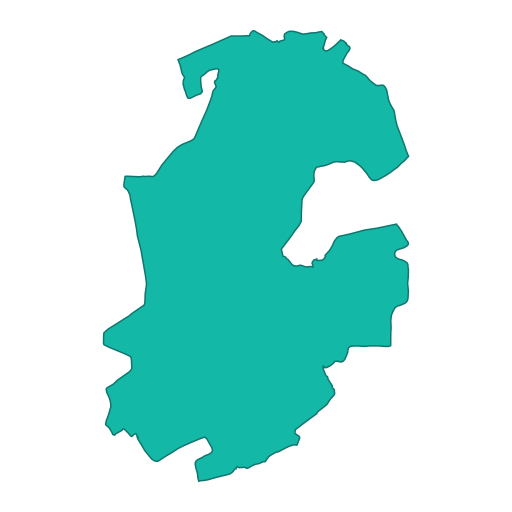 Boulkiemde, Boulkiemdé, Burkina Faso (Equal Earth projection)
{"feature_id": "67063806B25202403935187", "entity_name": "Boulkiemde", "entity_type": "district", "adm_level": 2, "iso_a3": "BFA", "parent_name": "Burkina Faso", "parent_adm1": "Boulkiemdé", "projection": "equal_earth", "projection_center": [-2.114, 12.316], "detail": "fine", "context": "isolated", "style": "filled", "palette": "teal", "viewbox_px": 512, "rotation_deg": 0, "n_neighbors": 0, "source": "geoboundaries", "source_scale": "gbopen_adm2", "svg_char_len": 5990}
<svg xmlns="http://www.w3.org/2000/svg" viewBox="0 0 512 512"><path d="M340.8,39.8L337.3,43.3L333.9,46.4L331.3,48.3L329.1,49.8L327.5,50.6L326.7,50.9L325.7,50.9L324.9,50.6L324.2,50.1L323.6,49.6L323.5,48.0L322.8,47.9L323.9,45.8L325.3,40.5L326.7,37.4L324.5,35.1L324.2,34.6L324.2,34.0L322.5,32.5L322.2,31.8L321.3,31.5L315.2,32.8L311.2,32.9L306.5,33.7L302.9,34.1L296.3,32.0L292.8,31.3L289.4,31.3L287.6,32.0L284.7,33.9L284.2,35.6L284.1,36.7L284.5,37.8L284.6,38.4L284.3,40.0L280.2,41.0L279.0,42.3L278.3,42.1L277.9,41.3L277.4,40.9L276.7,40.9L275.7,41.8L274.3,41.7L274.1,42.2L272.7,42.1L268.2,39.4L262.4,35.4L256.5,32.2L255.1,31.2L254.1,30.8L252.9,30.7L250.7,32.8L249.8,34.5L249.7,35.7L240.6,36.0L231.2,36.0L213.0,44.1L195.3,51.6L188.8,55.0L178.0,59.7L179.9,64.5L180.9,68.2L181.7,72.1L182.7,74.6L184.4,77.1L184.5,77.7L183.4,80.2L183.1,84.0L184.6,89.8L185.3,91.1L186.7,95.8L187.2,96.4L187.4,97.2L187.9,98.1L190.2,98.3L196.7,95.1L200.3,93.9L201.1,93.3L201.9,92.3L202.3,90.9L201.9,89.8L201.1,86.2L200.6,80.0L200.8,77.2L201.4,76.4L204.5,74.2L207.2,71.8L209.4,70.3L215.9,68.8L217.7,68.8L218.8,70.0L218.8,71.1L217.8,74.8L217.7,75.6L218.0,76.9L216.0,80.4L214.9,80.9L214.5,82.8L215.3,83.8L215.3,84.7L216.1,86.2L216.1,86.9L215.5,87.7L215.4,88.4L215.0,88.6L213.7,90.0L212.8,91.8L211.9,96.0L210.3,100.7L206.6,110.4L201.9,120.8L195.1,136.7L193.8,139.0L190.3,141.1L182.2,144.4L177.6,147.2L172.9,151.7L162.1,164.7L156.2,174.0L154.0,176.0L152.8,176.6L149.2,176.2L145.2,176.5L143.1,176.2L140.1,176.8L126.7,176.2L125.1,176.4L124.0,183.5L123.9,186.5L124.3,187.2L127.3,189.8L128.5,191.7L130.0,195.4L130.5,199.3L131.8,204.9L135.3,222.1L136.5,228.9L137.4,235.9L141.0,250.1L145.4,275.3L146.3,281.8L146.5,284.8L145.2,293.7L144.9,302.2L144.5,304.3L143.8,305.3L132.3,313.2L128.9,316.0L108.4,328.9L105.8,331.1L103.9,333.0L103.7,334.6L103.5,343.4L104.0,344.7L109.4,347.4L124.9,353.8L129.0,355.7L130.2,356.5L131.0,357.5L131.4,359.6L131.8,366.9L131.7,368.6L131.1,369.8L129.2,371.9L117.3,380.3L113.3,384.2L107.3,387.6L106.4,388.6L106.2,389.4L106.8,392.4L109.3,397.9L110.1,400.7L110.6,402.8L110.8,406.9L108.2,415.7L106.6,419.7L105.9,422.4L105.6,424.2L105.8,424.9L109.0,427.6L111.7,432.0L112.7,434.4L113.2,434.5L114.5,435.2L116.2,433.5L122.1,430.3L122.7,429.0L123.5,428.9L124.2,429.1L128.2,433.0L129.8,435.0L131.0,436.2L131.8,436.5L134.3,434.3L135.8,433.6L136.5,434.7L137.8,437.1L137.2,437.1L138.2,439.7L141.5,444.9L144.7,450.5L151.6,459.0L154.5,460.9L157.1,461.3L158.5,461.0L165.2,456.5L172.2,452.4L177.9,448.6L184.3,445.4L190.7,442.6L199.0,439.1L204.6,437.1L207.1,439.1L207.9,440.8L211.9,447.9L212.4,450.0L212.2,451.2L211.6,452.4L210.1,453.5L208.6,454.4L205.0,455.7L202.3,457.4L197.6,459.7L196.4,460.7L195.8,461.5L195.2,463.1L195.3,465.0L196.2,469.2L197.0,471.5L197.7,475.3L197.8,477.5L198.8,481.3L199.8,480.8L203.6,480.5L207.8,479.8L215.3,477.6L228.7,474.3L230.5,473.6L233.0,471.6L234.4,469.7L235.4,468.6L236.0,468.8L237.1,466.5L239.2,467.7L241.5,467.4L242.6,467.6L244.2,467.2L245.2,467.4L246.1,468.1L247.2,468.3L248.3,467.8L248.7,467.8L251.9,465.8L255.1,464.4L259.2,463.5L263.3,461.7L265.1,461.7L265.9,460.7L266.5,459.6L268.8,456.6L270.9,455.1L274.9,452.8L276.4,452.1L278.1,451.9L286.3,447.6L289.6,446.1L293.8,444.8L296.8,445.1L297.1,444.8L299.6,438.3L299.7,437.3L298.9,436.1L295.3,433.7L294.9,433.1L295.3,429.7L305.1,422.2L316.8,413.6L317.5,412.1L318.7,411.0L326.8,404.6L330.2,399.4L334.1,394.9L334.7,393.6L334.4,391.3L334.4,390.1L333.9,389.2L332.3,387.7L332.3,385.8L328.1,379.3L327.5,376.7L326.0,375.8L323.6,369.9L323.0,368.3L323.1,366.2L323.6,366.2L325.0,367.8L326.0,367.4L326.6,367.6L330.5,365.6L333.7,363.0L334.5,361.7L334.9,361.5L336.6,361.1L339.9,361.9L340.8,361.9L341.3,361.7L341.7,361.9L343.4,361.0L344.8,359.4L346.8,354.9L347.0,353.9L347.8,352.2L347.8,350.8L348.4,348.1L349.6,346.9L350.8,346.2L357.1,345.9L364.6,346.4L369.8,345.9L378.6,345.9L384.5,346.4L388.2,346.5L390.7,345.7L390.8,332.5L391.1,328.2L390.8,320.6L391.3,315.8L392.0,313.7L393.0,311.3L394.6,308.4L395.9,307.0L397.7,305.9L399.6,305.5L401.9,304.6L405.3,303.0L406.8,301.6L407.5,300.3L408.0,298.1L408.4,290.9L407.6,283.2L408.2,278.1L408.4,272.5L408.4,269.3L407.9,266.4L407.9,264.5L407.2,263.1L406.7,262.5L403.4,260.4L400.9,259.6L399.0,259.2L397.1,258.2L395.6,257.1L395.0,256.0L394.7,254.8L394.7,253.1L395.5,251.3L397.0,249.9L404.0,247.7L406.9,246.0L408.0,244.8L408.3,244.1L408.3,243.2L408.0,242.1L406.6,240.3L401.8,231.7L398.9,227.2L397.7,225.9L396.5,224.1L376.9,228.2L364.9,230.0L350.5,233.8L341.4,235.9L339.0,236.3L337.1,237.6L334.6,240.7L331.9,246.5L329.6,250.3L325.1,255.3L325.4,256.4L325.1,256.7L324.9,257.4L324.2,258.6L322.0,260.4L320.5,260.2L319.2,260.5L316.8,260.3L316.8,259.0L313.7,260.1L312.2,262.4L312.1,263.5L312.9,265.3L313.0,267.0L311.6,266.6L310.3,266.5L307.2,266.9L305.2,266.8L302.2,265.6L300.0,265.2L296.8,266.1L294.7,265.8L293.1,265.3L291.9,264.4L288.2,259.7L286.8,258.7L285.6,257.2L284.2,256.4L283.0,256.4L281.4,249.2L281.7,248.6L290.6,237.0L295.0,230.6L298.8,225.8L301.3,221.3L301.4,211.9L302.0,200.4L302.4,198.4L303.9,195.8L313.7,182.4L314.1,181.2L314.2,179.8L313.8,175.5L314.1,172.5L314.8,170.1L316.0,168.0L316.8,167.0L319.1,166.8L321.2,166.1L323.1,166.0L327.8,164.6L333.8,162.0L337.3,161.6L339.6,162.0L344.9,162.1L346.8,161.4L349.4,160.8L351.2,161.0L354.7,162.0L360.2,166.0L362.4,168.2L366.8,173.5L369.5,177.5L370.8,179.0L372.2,180.2L374.2,180.5L376.8,180.1L379.1,179.2L385.5,175.6L389.9,172.8L395.1,168.8L397.3,167.4L401.6,163.0L404.7,160.5L407.5,157.4L408.5,156.6L408.5,155.9L407.9,154.9L406.0,150.0L405.0,146.8L403.3,142.0L397.0,125.5L395.7,120.1L394.3,111.8L393.6,109.7L392.7,108.5L390.1,103.8L388.6,100.0L386.7,90.1L385.3,87.4L384.2,86.0L383.3,85.3L381.9,85.1L378.7,85.5L376.2,85.4L370.0,80.6L367.5,77.6L365.5,75.4L362.9,74.1L358.4,71.2L352.4,68.7L348.7,66.2L343.1,63.3L342.9,62.1L343.0,60.9L343.8,59.0L347.0,53.2L348.8,51.0L349.6,49.4L349.9,48.7L349.9,48.0L349.8,47.4L349.3,46.5L347.8,45.7L345.9,43.8L346.3,43.3L345.5,42.7L344.1,41.3L342.7,40.5L342.0,40.6L340.8,39.8Z" fill="#14b8a6" stroke="#0f766e" stroke-width="1.5"/></svg>